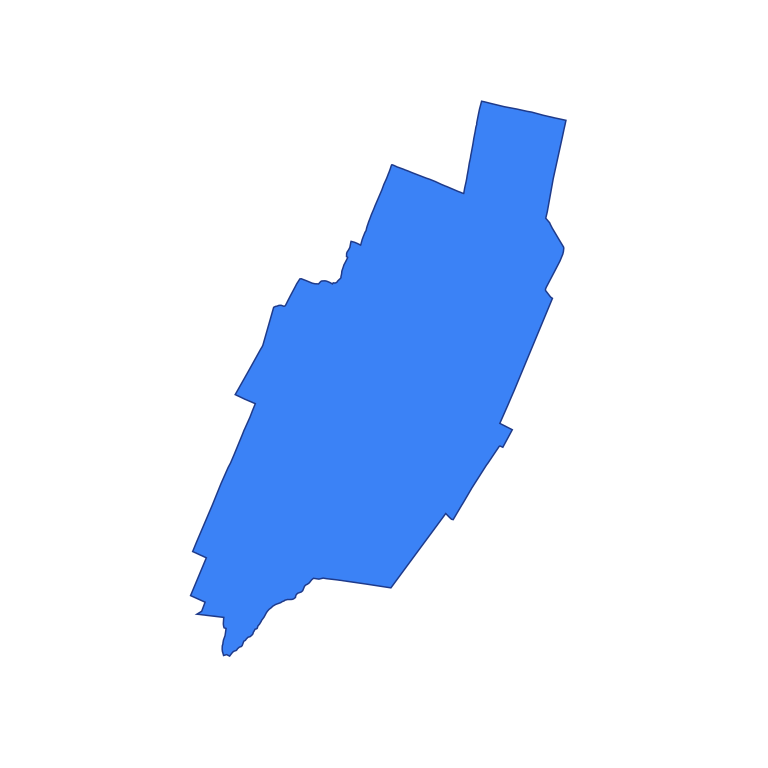 Schela, Galati, Romania (orthographic projection), rotated 20°
{"feature_id": "2599482B45960847446276", "entity_name": "Schela", "entity_type": "district", "adm_level": 2, "iso_a3": "ROU", "parent_name": "Romania", "parent_adm1": "Galati", "projection": "orthographic", "projection_center": [27.845, 45.517], "detail": "fine", "context": "isolated", "style": "filled", "palette": "blue", "viewbox_px": 768, "rotation_deg": 20, "n_neighbors": 0, "source": "geoboundaries", "source_scale": "gbopen_adm2", "svg_char_len": 4437}
<svg xmlns="http://www.w3.org/2000/svg" viewBox="0 0 768 768"><g transform="rotate(20 384 384)"><path d="M266.1,515.6L264.9,533.3L264.1,556.2L261.9,596.8L261.5,606.9L276.5,608.1L274.6,649.0L290.5,650.2L290.4,659.9L286.9,664.3L313.3,658.1L313.5,659.1L313.8,660.1L314.5,662.5L315.0,664.2L315.4,665.1L316.3,666.7L317.1,667.8L317.6,667.8L318.8,667.7L319.2,667.7L320.7,674.8L320.7,679.5L321.2,682.3L321.5,683.3L321.6,685.4L322.6,688.5L323.5,690.4L325.5,693.1L326.1,694.0L328.7,692.1L332.0,692.5L332.5,690.8L333.5,687.8L334.5,686.3L336.2,685.0L336.6,684.3L336.9,682.9L338.1,680.7L339.7,679.5L340.2,678.3L340.2,673.7L341.4,672.3L341.9,670.5L342.9,668.4L344.6,667.2L345.7,665.3L346.3,663.6L346.1,662.1L346.4,660.8L346.7,658.5L347.3,658.1L348.0,657.6L348.4,657.0L348.3,654.4L348.6,653.6L349.1,652.4L349.8,649.0L349.8,648.1L351.0,644.1L351.7,639.2L352.2,637.3L353.1,635.0L354.6,632.7L355.5,630.8L357.6,628.2L358.8,627.2L361.7,624.8L362.7,623.4L364.4,621.9L364.8,621.1L367.1,619.5L369.3,618.7L371.2,617.9L372.5,616.9L373.8,614.9L373.6,613.8L373.5,612.6L373.8,611.5L374.5,610.1L376.3,608.6L377.4,607.7L378.3,606.0L378.5,601.3L379.1,599.8L380.6,598.2L381.8,596.4L383.0,592.7L384.2,590.7L389.6,589.6L393.2,587.2L396.5,586.6L406.9,584.1L436.1,578.0L460.2,573.2L461.1,570.2L465.1,556.5L467.9,547.0L474.3,525.3L478.5,511.1L485.0,489.1L486.3,484.6L490.6,486.7L492.9,487.7L493.7,488.0L495.4,487.8L496.8,480.2L498.6,470.6L498.7,470.4L499.5,466.1L502.0,452.4L502.0,452.2L508.0,425.2L508.7,422.9L511.6,411.2L513.6,403.2L514.2,402.6L517.3,402.8L520.2,383.1L506.3,381.4L506.9,372.3L507.6,361.8L508.1,352.8L508.5,346.4L508.7,342.3L508.9,337.6L509.1,333.0L510.0,312.9L513.0,245.9L510.8,245.3L506.7,242.7L504.0,241.0L503.7,240.7L503.3,239.5L503.4,237.5L505.8,219.8L507.3,208.1L507.6,200.8L507.3,198.2L506.5,194.9L505.9,193.9L499.2,188.5L492.5,183.0L488.8,180.0L485.9,177.3L485.2,176.6L484.6,175.9L479.3,172.9L478.5,166.1L472.8,133.2L467.2,91.4L465.9,82.2L465.5,78.9L464.8,74.0L458.1,74.9L453.2,75.6L441.7,77.0L429.7,78.0L425.4,78.8L414.8,80.2L402.1,82.3L394.0,83.2L387.7,83.9L381.7,84.5L379.0,84.9L379.7,92.8L380.4,97.7L381.3,103.5L381.9,107.3L382.3,108.1L382.4,108.8L382.4,109.0L382.4,109.6L382.4,109.9L382.5,111.2L383.3,115.5L383.7,117.9L383.8,118.9L384.0,119.8L384.4,122.5L385.1,126.0L385.6,128.7L386.1,131.7L386.5,134.1L387.0,137.0L387.3,139.2L387.6,140.6L387.9,142.0L388.2,144.3L388.3,144.8L388.4,145.9L388.9,148.8L389.3,150.7L389.8,153.4L390.5,157.4L390.9,159.9L391.4,162.3L392.0,166.1L392.4,169.3L392.8,172.4L393.7,177.3L393.7,177.7L392.4,177.8L389.9,177.7L387.9,177.7L379.0,177.2L375.4,177.0L373.5,177.0L372.1,176.9L369.7,176.8L366.3,176.5L363.0,176.2L357.0,176.0L353.4,176.1L348.2,176.0L337.7,175.8L333.6,175.6L332.4,175.6L330.9,175.6L330.1,175.6L329.2,175.5L327.2,175.5L325.2,175.5L323.6,175.5L323.1,175.5L322.7,175.6L321.9,175.5L320.8,175.4L319.7,175.3L318.3,175.2L317.3,175.2L316.9,175.2L316.6,175.3L316.3,175.4L316.2,175.6L316.2,176.5L316.2,177.6L316.3,179.4L316.3,180.7L316.3,182.2L316.3,183.4L316.2,185.3L316.2,186.9L316.1,190.2L315.6,196.5L315.6,198.3L315.6,200.1L315.6,202.4L314.9,214.9L314.8,216.3L314.8,216.7L314.6,219.9L314.6,221.1L314.5,223.9L314.3,227.3L314.2,229.5L314.2,233.1L314.1,236.9L314.2,239.8L314.2,241.4L314.3,243.1L314.5,244.8L314.7,245.9L314.3,247.7L314.2,249.4L314.2,250.4L314.1,252.6L314.1,254.9L314.1,255.9L314.2,256.8L314.3,258.4L314.5,260.6L314.5,261.5L312.9,261.3L311.3,261.1L309.8,261.0L308.0,260.9L304.3,261.2L304.3,261.6L304.3,262.0L304.9,265.5L305.2,267.3L305.0,268.8L304.7,270.6L304.2,272.6L304.2,274.0L305.2,277.1L306.0,277.2L306.4,277.3L306.6,277.5L306.6,278.0L306.1,282.3L305.6,285.8L305.7,288.0L305.8,292.4L306.5,295.1L306.8,297.7L307.2,298.9L306.6,300.4L306.3,300.9L306.0,301.5L305.2,303.2L305.1,303.7L305.0,304.3L304.4,305.1L303.9,305.6L303.5,305.8L303.1,306.0L301.7,306.3L301.3,307.6L298.1,307.1L295.7,307.0L294.7,307.0L293.9,307.1L292.8,307.4L291.6,307.9L290.1,308.6L289.4,309.5L288.3,312.3L285.0,313.4L282.1,313.8L275.5,313.5L270.3,313.4L269.0,314.0L267.7,319.7L267.3,322.9L265.9,332.9L265.3,337.5L264.6,343.5L264.4,344.2L264.0,344.8L263.3,345.2L261.3,345.2L260.4,345.2L258.3,346.1L256.9,347.4L255.5,348.2L254.1,349.7L256.9,388.9L256.8,390.4L256.3,392.8L252.3,417.8L247.8,444.9L252.6,445.3L256.8,445.7L258.5,445.9L269.8,446.5L269.5,454.6L269.5,455.4L269.4,461.1L268.6,471.8L268.4,474.6L268.3,475.0L268.2,479.6L267.3,501.5L266.8,510.8L266.1,515.6Z" fill="#3b82f6" stroke="#1e3a8a" stroke-width="1.5"/></g></svg>